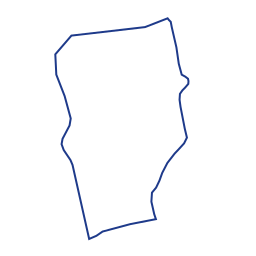 outline of Novo Selo, rotated 169°
{"feature_id": "MKD-2999", "entity_name": "Novo Selo", "entity_type": "Statistical Region", "adm_level": 1, "iso_a3": "MKD", "parent_name": "North Macedonia", "parent_adm1": "", "projection": "orthographic", "projection_center": [22.854, 41.429], "detail": "fine", "context": "isolated", "style": "outline", "palette": "blue", "viewbox_px": 256, "rotation_deg": 169, "n_neighbors": 0, "source": "natural_earth", "source_scale": "10m", "svg_char_len": 736}
<svg xmlns="http://www.w3.org/2000/svg" viewBox="0 0 256 256"><g transform="rotate(169 128 128)"><path d="M165.9,229.5L92.0,223.8L68.2,228.1L68.1,227.9L67.3,226.3L65.8,224.1L65.8,218.4L65.1,197.9L65.9,181.4L65.1,170.1L62.0,167.5L59.7,164.9L59.7,162.9L59.7,162.4L60.4,159.8L64.3,156.7L67.4,154.6L70.5,151.6L72.0,145.9L72.4,138.7L72.4,126.4L72.4,116.6L72.0,107.3L75.9,102.2L82.9,97.0L87.1,94.0L96.0,86.2L102.9,77.5L107.2,70.3L111.8,64.1L116.8,60.0L119.1,51.2L118.7,38.4L118.0,33.2L123.3,33.2L144.1,33.2L172.7,31.2L179.6,28.2L186.9,26.6L187.3,26.5L189.5,102.3L190.6,107.5L195.3,118.6L196.3,124.8L194.3,129.9L184.9,141.6L182.4,148.3L184.1,171.4L188.2,194.1L185.3,214.2L165.9,229.5Z" fill="none" stroke="#1e3a8a" stroke-width="2"/></g></svg>